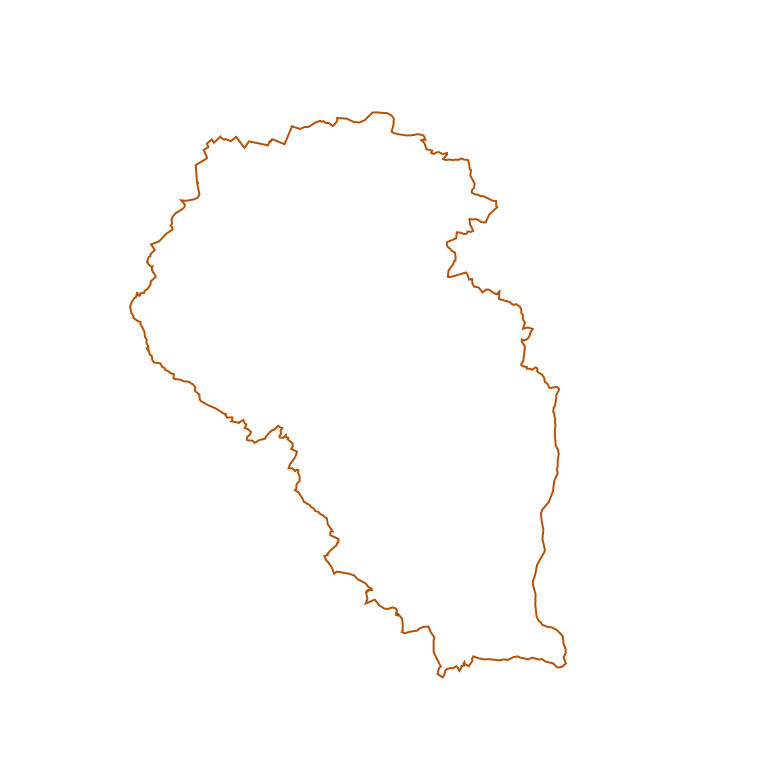 Ribita, Hunedoara, Romania, rotated 110°
{"feature_id": "2599482B73677730773084", "entity_name": "Ribita", "entity_type": "district", "adm_level": 2, "iso_a3": "ROU", "parent_name": "Romania", "parent_adm1": "Hunedoara", "projection": "natural_earth1", "projection_center": [22.806, 46.214], "detail": "fine", "context": "isolated", "style": "outline", "palette": "amber", "viewbox_px": 768, "rotation_deg": 110, "n_neighbors": 0, "source": "geoboundaries", "source_scale": "gbopen_adm2", "svg_char_len": 6166}
<svg xmlns="http://www.w3.org/2000/svg" viewBox="0 0 768 768"><g transform="rotate(110 384 384)"><path d="M596.5,326.1L589.8,319.0L593.6,312.8L594.9,306.9L594.2,303.5L591.1,299.9L590.9,295.9L593.0,294.1L594.3,294.5L595.0,293.4L596.1,294.1L596.8,293.8L596.9,292.0L595.6,291.5L598.4,286.7L604.5,283.7L609.8,282.1L610.9,282.4L611.1,280.2L610.8,278.7L608.4,275.7L604.3,268.4L602.6,267.7L599.2,264.5L596.6,259.3L601.2,255.2L604.9,249.9L608.2,249.6L619.2,245.5L630.1,234.0L632.3,235.2L638.2,234.4L639.6,228.6L636.9,227.8L632.4,228.3L630.7,227.8L628.0,224.2L627.4,222.0L624.5,219.6L625.2,217.8L627.7,215.1L625.0,214.3L622.7,214.8L621.2,212.5L619.8,213.7L617.8,213.3L619.4,212.3L620.2,207.8L613.8,206.2L612.4,207.3L609.3,206.9L609.5,202.4L608.5,195.5L606.7,191.4L604.2,181.0L601.8,177.2L600.9,173.2L596.3,168.9L594.1,164.8L594.6,163.2L593.4,154.3L590.4,151.0L590.0,144.1L588.4,141.7L589.6,137.7L588.7,129.4L590.7,125.2L590.9,123.3L589.0,120.2L584.4,117.4L579.6,121.7L574.7,121.3L571.1,122.6L566.5,126.5L559.7,129.9L556.0,137.5L555.3,143.3L556.3,146.7L556.1,153.0L554.4,154.9L553.8,157.3L550.8,160.8L540.3,166.1L529.5,169.8L521.5,175.6L518.5,176.6L512.6,176.6L501.2,178.3L486.6,175.8L484.8,176.1L475.3,182.2L466.4,184.4L458.6,189.1L452.0,192.2L447.9,192.2L438.5,188.8L427.0,188.5L417.0,190.9L408.4,190.2L405.4,192.3L402.5,192.5L396.5,194.6L389.9,195.9L386.0,198.2L383.3,201.5L373.8,205.9L367.1,208.3L365.3,208.2L360.6,210.7L358.8,210.8L355.3,213.3L353.4,213.8L352.6,215.3L348.1,216.5L346.6,215.9L339.0,217.1L335.9,218.3L329.1,217.6L328.2,218.6L327.7,220.8L330.9,226.5L330.8,227.5L328.1,230.2L326.8,233.8L323.6,235.4L321.1,238.6L320.4,243.3L319.4,244.6L317.6,244.8L316.6,246.1L316.8,247.7L319.9,249.4L319.8,252.3L320.8,254.9L319.1,255.8L319.8,258.9L319.2,261.4L318.1,261.8L314.6,261.0L300.5,264.4L297.0,269.2L295.1,269.7L295.2,267.3L292.6,264.6L288.9,263.6L286.2,264.1L281.4,263.1L281.7,268.3L284.6,272.3L278.3,272.5L275.3,275.9L271.5,277.1L270.6,279.1L267.6,280.2L265.2,282.2L263.7,286.9L265.3,289.1L265.0,291.8L264.0,293.8L264.8,305.0L257.5,307.2L258.8,308.0L260.5,307.7L261.2,309.9L260.5,314.2L259.4,317.5L260.4,320.4L264.2,322.6L260.9,328.2L261.7,332.8L259.2,335.3L255.3,337.1L256.8,339.7L252.5,343.2L251.2,345.2L258.8,355.3L261.4,359.5L261.4,360.7L254.9,362.2L248.3,360.1L244.1,360.0L243.7,359.1L239.3,360.5L236.2,362.4L235.7,365.8L234.1,368.2L233.8,370.3L232.6,371.9L229.2,373.3L222.4,366.0L216.6,367.5L215.4,363.1L215.8,360.4L215.0,358.3L213.4,357.4L212.1,357.6L211.3,354.3L209.6,352.6L204.4,357.8L199.8,360.1L199.3,357.5L197.6,353.9L197.6,351.3L198.6,348.1L197.4,343.7L188.5,343.1L179.0,338.0L178.3,339.4L173.7,341.2L174.7,344.4L173.5,354.8L174.4,357.9L173.9,360.8L174.7,362.8L174.3,366.9L171.6,367.6L168.9,366.4L164.6,367.4L158.7,374.1L153.4,375.4L152.5,377.2L148.8,378.8L144.8,381.8L145.7,385.4L145.7,388.5L148.0,390.9L148.7,393.6L150.1,395.9L150.6,399.1L152.4,402.6L152.4,405.4L146.8,403.2L145.4,403.8L148.0,407.5L147.3,411.1L148.0,413.4L150.8,416.2L150.7,418.7L148.2,418.5L148.9,424.3L143.8,428.5L142.1,432.2L140.4,428.9L140.0,430.0L139.2,429.6L137.5,430.9L136.9,432.9L137.7,437.7L141.0,443.3L142.8,448.2L144.5,456.5L144.8,460.6L144.3,463.2L137.0,463.8L131.1,465.6L129.1,468.8L128.4,473.5L131.5,484.4L132.9,487.7L142.7,492.3L146.7,496.5L148.1,502.2L147.4,509.9L150.1,519.0L152.0,518.2L154.2,518.3L159.1,520.3L157.7,525.2L158.7,528.3L157.7,530.9L158.9,532.3L158.5,534.0L161.5,537.6L168.2,542.8L169.8,546.7L172.9,549.9L173.4,557.0L173.1,558.6L192.7,559.4L192.2,572.3L192.4,573.0L195.7,573.3L194.2,573.7L195.1,574.5L199.4,574.6L202.2,593.9L209.9,595.8L202.3,607.5L208.2,610.9L208.1,617.1L209.0,617.8L208.3,621.7L207.6,622.4L215.4,626.4L213.1,629.5L218.7,632.7L221.3,630.1L225.9,633.5L231.4,628.0L232.5,627.6L242.7,635.8L258.4,628.7L259.0,628.3L258.7,627.6L260.5,627.6L268.9,622.3L272.5,622.7L275.3,625.4L279.6,632.7L280.8,637.4L283.4,632.6L285.7,632.0L287.7,632.7L295.0,638.4L299.2,639.9L302.4,639.8L305.1,638.1L308.3,638.5L308.2,637.8L309.7,636.2L311.3,635.6L317.0,639.8L327.0,644.2L332.4,650.6L336.4,645.3L341.9,647.8L343.8,647.2L345.2,648.5L350.2,648.4L350.4,647.5L351.5,647.3L353.4,643.1L352.6,641.8L355.7,641.3L357.8,639.6L358.7,637.8L361.4,635.1L367.5,638.4L370.2,637.4L375.5,638.7L378.5,640.8L380.4,640.6L382.2,644.0L383.7,643.4L385.0,644.4L384.4,645.8L382.0,647.3L387.6,646.8L388.3,647.9L390.4,648.5L394.5,649.2L398.3,649.0L403.8,645.6L405.9,642.5L407.6,642.1L409.0,637.2L409.1,633.8L410.9,633.4L415.0,628.8L417.3,626.7L421.4,624.8L423.7,622.0L426.6,621.4L429.4,618.4L432.2,617.1L431.2,618.5L431.7,619.1L434.4,615.5L436.5,614.1L436.9,612.0L441.0,609.7L442.4,607.7L441.1,601.1L443.6,598.7L444.2,595.5L445.7,594.2L445.6,592.0L446.8,587.8L446.6,584.9L450.3,583.9L451.0,582.8L449.6,576.9L450.0,573.1L448.5,567.7L449.5,565.3L449.5,563.7L451.7,560.0L454.5,559.7L455.3,559.0L457.1,553.9L461.4,552.0L462.7,550.4L464.1,542.2L464.5,533.6L466.6,524.8L466.5,522.1L467.4,522.2L467.5,522.9L468.2,520.8L469.3,520.1L467.2,515.1L470.1,514.2L471.3,514.7L470.1,507.6L471.1,507.4L469.5,506.9L465.9,503.8L468.6,501.4L469.0,499.5L473.1,499.8L473.0,496.2L474.5,492.7L477.4,492.5L480.3,494.4L483.4,493.6L483.2,491.2L482.4,489.2L482.3,487.9L483.5,485.5L482.9,484.6L479.9,482.7L476.0,477.0L473.7,476.8L467.7,474.6L465.1,472.9L465.1,471.9L459.4,469.0L460.3,467.4L460.2,464.5L463.1,465.2L465.8,463.8L468.6,464.5L469.9,463.6L469.1,460.3L465.6,458.7L467.4,457.9L467.4,455.7L469.0,455.5L471.0,449.6L474.3,448.4L476.8,448.9L477.4,442.5L483.0,442.4L491.3,444.8L495.9,444.8L494.6,441.4L496.3,437.8L494.6,436.9L494.2,435.0L496.9,434.4L499.4,431.9L504.1,430.1L506.8,431.5L509.1,431.7L512.4,430.6L514.3,431.3L515.0,427.4L519.0,422.0L522.0,419.1L523.3,412.2L524.2,411.2L525.3,406.7L526.7,405.5L526.7,401.7L527.8,400.1L528.4,395.9L529.5,393.7L529.7,391.8L535.1,388.8L540.0,381.8L540.5,383.1L541.7,383.7L544.5,382.8L545.1,373.8L548.4,372.8L549.0,373.5L551.9,373.5L559.4,377.7L563.2,379.0L564.1,378.5L566.0,381.2L569.2,378.4L570.4,375.7L574.2,370.4L579.3,366.0L576.3,363.9L574.3,352.1L574.1,346.5L576.4,342.3L577.5,333.6L578.0,332.2L579.9,329.9L580.5,325.8L581.8,324.9L582.9,328.2L584.0,329.3L584.5,328.3L585.9,329.7L591.3,326.2L596.5,326.1Z" fill="none" stroke="#b45309" stroke-width="2"/></g></svg>